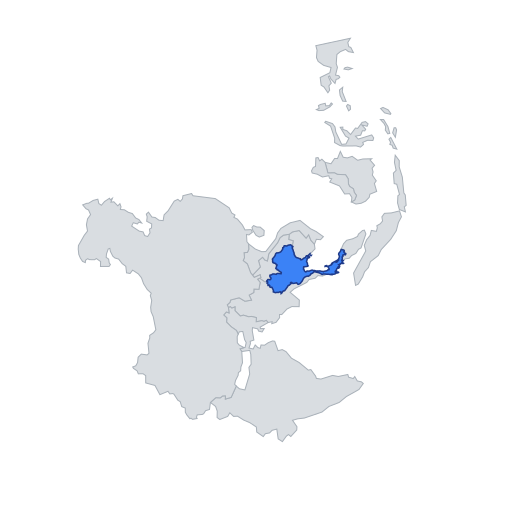 Thailand shown with its bordering countries, rotated 254°
{"feature_id": "THA", "entity_name": "Thailand", "entity_type": "country or territory", "adm_level": 0, "iso_a3": "THA", "parent_name": "Asia", "parent_adm1": "", "projection": "orthographic", "projection_center": [100.709, 13.031], "detail": "fine", "context": "with_neighbors", "style": "filled", "palette": "blue", "viewbox_px": 512, "rotation_deg": 254, "n_neighbors": 8, "source": "natural_earth", "source_scale": "50m", "svg_char_len": 15560}
<svg xmlns="http://www.w3.org/2000/svg" viewBox="0 0 512 512"><g transform="rotate(254 256 256)"><path d="M441.7,371.5L439.3,406.8L436.0,403.1L431.6,402.9L430.4,404.6L424.7,405.7L427.0,401.1L429.9,399.1L429.2,393.4L427.4,389.3L418.7,386.1L414.9,386.3L408.0,382.3L406.5,385.2L404.7,385.9L403.7,384.0L403.7,381.7L400.1,379.5L405.4,376.8L408.8,376.4L408.4,375.0L401.4,376.0L399.5,373.0L395.1,372.5L393.1,370.1L399.7,367.9L402.2,365.7L409.9,366.9L411.8,377.5L416.5,380.1L420.6,373.6L425.9,369.4L430.0,368.8L437.0,371.4L441.7,371.5ZM363.4,416.4L363.8,419.0L360.1,423.3L355.7,424.9L355.1,424.3L358.1,419.1L363.4,416.4ZM409.7,400.1L409.5,396.1L411.5,392.1L412.5,393.5L412.3,396.1L409.7,400.1ZM327.0,348.2L324.0,353.5L328.1,358.5L327.2,361.2L333.3,365.9L326.9,367.0L325.1,370.9L325.3,375.9L320.0,380.1L319.8,385.5L317.6,394.0L316.8,392.1L310.5,395.0L308.4,391.8L304.5,391.7L301.7,390.1L295.1,392.3L293.1,389.8L284.8,389.8L284.0,382.5L281.2,381.0L278.5,376.4L277.7,371.6L278.4,366.4L281.7,362.6L282.6,366.3L286.5,369.3L290.1,368.0L293.7,368.2L296.9,365.3L299.6,364.7L304.8,365.9L309.4,364.5L312.1,356.6L314.2,354.5L316.0,348.0L327.0,348.2ZM387.2,381.1L392.6,382.0L394.3,385.9L390.2,384.2L379.7,385.2L381.0,382.0L387.2,381.1ZM374.5,388.0L371.0,387.3L370.0,385.1L375.2,384.3L376.4,385.9L374.5,388.0ZM380.1,354.4L380.5,357.4L383.4,357.5L383.9,359.7L383.7,364.6L381.1,364.4L380.3,367.9L382.4,370.5L381.0,371.4L379.0,368.1L377.4,361.2L378.4,356.6L380.1,354.4ZM347.6,364.1L360.3,363.5L365.4,358.9L366.3,360.1L362.2,366.0L358.3,367.5L353.2,366.9L339.7,369.1L338.9,373.4L343.7,377.9L346.6,375.1L356.5,372.4L356.0,375.0L353.7,374.4L351.4,377.8L346.7,380.4L351.6,386.9L350.6,388.9L355.2,394.8L355.0,398.3L352.1,400.2L350.1,398.5L352.8,393.8L347.6,396.4L346.3,395.0L347.1,392.8L343.3,389.9L343.8,384.6L340.2,386.5L340.5,400.6L337.1,401.7L334.8,400.2L336.5,395.1L335.8,389.9L333.6,390.1L331.9,386.5L334.2,382.7L337.8,369.7L338.9,367.3L343.4,362.8L347.6,364.1ZM338.5,425.9L331.7,422.7L336.7,421.3L341.2,424.1L340.8,425.6L338.5,425.9ZM344.6,416.3L348.1,415.6L352.9,413.2L352.0,416.3L344.0,418.5L337.0,418.4L337.1,416.4L341.4,415.0L344.6,416.3ZM328.3,416.7L331.6,416.0L332.8,418.2L319.9,420.8L321.9,417.6L324.9,417.4L326.4,415.4L328.3,416.7ZM274.8,409.0L275.6,410.9L286.2,411.1L287.5,408.8L297.8,410.9L299.7,414.3L307.9,414.9L314.5,417.6L308.2,420.0L302.2,418.2L291.5,418.4L275.9,415.5L273.5,416.3L263.3,414.3L262.4,412.1L257.2,411.8L261.2,406.6L268.0,406.7L274.8,409.0ZM251.8,380.5L252.7,384.3L254.7,387.3L258.9,387.8L261.6,391.2L260.1,398.0L259.8,406.4L253.6,406.6L248.9,402.1L241.6,397.8L234.9,390.1L227.7,378.2L222.7,373.6L219.0,364.4L213.9,360.9L210.9,356.0L206.6,352.8L200.8,346.5L200.3,343.6L212.7,345.1L230.6,362.9L236.4,363.0L241.1,366.8L244.4,371.4L248.8,373.9L246.5,378.5L249.7,380.4L251.8,380.5Z" fill="#d9dde1" stroke="#a8b0b8" stroke-width="1"/><path d="M241.4,305.9L240.0,299.0L243.5,294.2L250.6,293.1L255.8,293.8L260.4,295.9L262.8,292.0L267.7,293.9L269.1,297.7L268.6,304.5L259.4,309.1L261.9,312.5L256.0,313.1L251.2,315.4L246.6,314.7L241.4,305.9Z" fill="#d9dde1" stroke="#a8b0b8" stroke-width="1"/><path d="M267.7,293.9L262.8,292.0L260.4,295.9L255.8,293.8L257.5,291.2L257.7,286.4L253.2,281.5L252.7,275.9L248.5,271.4L244.4,271.0L243.4,273.0L240.2,273.2L238.6,272.2L232.9,275.6L232.7,270.5L234.0,264.6L230.4,264.3L230.1,260.9L227.8,259.2L228.9,257.1L233.5,253.4L233.9,254.7L236.8,254.9L235.9,248.4L238.6,247.6L244.2,257.1L250.8,257.1L253.0,262.0L249.6,263.5L248.1,265.6L254.6,268.9L262.8,280.4L267.0,284.2L268.5,288.2L267.7,293.9Z" fill="#d9dde1" stroke="#a8b0b8" stroke-width="1"/><path d="M227.8,259.2L221.6,262.9L217.8,263.1L215.3,269.2L213.0,270.2L221.1,283.1L219.0,288.1L217.1,289.1L222.1,296.5L222.6,302.4L224.7,307.6L218.9,318.7L218.4,314.4L220.1,310.1L218.3,306.7L218.8,300.5L216.6,297.5L213.9,283.5L211.7,278.8L201.7,285.5L195.4,283.5L197.5,276.5L196.5,271.2L192.6,264.6L193.3,262.5L190.2,261.7L186.7,257.0L186.6,252.5L188.4,253.4L188.7,249.3L191.3,248.1L190.9,245.7L192.2,243.8L192.7,238.0L196.7,239.4L199.2,234.9L199.6,232.2L202.6,227.6L202.6,224.4L209.3,220.7L212.9,221.8L212.5,218.4L214.3,217.4L214.0,215.3L217.0,214.9L218.6,218.2L220.7,219.5L220.5,228.3L215.6,232.9L214.8,239.5L220.3,238.6L221.5,243.8L224.8,244.9L223.2,249.6L229.4,252.7L233.3,251.1L233.5,253.4L228.9,257.1L227.8,259.2Z" fill="#d9dde1" stroke="#a8b0b8" stroke-width="1"/><path d="M251.2,315.4L256.0,313.1L261.9,312.5L259.4,309.1L268.6,304.5L269.1,297.7L267.7,293.9L268.5,288.2L267.0,284.2L262.8,280.4L254.6,268.9L248.1,265.6L249.6,263.5L253.0,262.0L250.8,257.1L244.2,257.1L238.6,247.6L241.4,246.2L250.7,245.5L255.1,242.4L257.7,244.5L262.5,245.4L261.8,248.7L264.4,250.9L269.7,252.2L262.9,257.2L258.6,262.6L257.6,266.6L267.2,279.8L272.2,283.1L275.7,287.6L278.5,298.0L278.1,308.1L267.3,315.8L262.9,320.6L256.0,326.1L253.9,322.5L255.4,318.6L251.2,315.4Z" fill="#d9dde1" stroke="#a8b0b8" stroke-width="1"/><path d="M214.0,215.3L214.3,217.4L212.5,218.4L212.9,221.8L209.3,220.7L202.6,224.4L202.6,227.6L199.6,232.2L199.2,234.9L196.7,239.4L192.7,238.0L192.2,243.8L190.9,245.7L191.3,248.1L188.7,249.3L186.5,240.4L185.0,240.3L184.0,243.9L181.3,240.9L183.1,237.8L185.5,237.5L188.1,232.9L185.2,231.8L175.8,230.8L175.6,226.9L173.3,226.5L169.5,223.9L167.4,227.6L170.7,230.7L167.4,232.6L166.1,234.6L169.1,236.3L167.9,239.6L169.3,243.9L169.8,248.5L168.9,250.5L158.9,251.1L158.8,255.4L155.8,258.5L148.0,261.9L141.6,268.2L131.9,274.8L131.7,277.4L124.1,280.2L121.7,280.3L119.8,284.5L120.1,296.7L117.5,301.9L116.8,311.6L114.0,311.6L111.4,315.7L112.9,317.7L108.0,318.9L106.0,322.6L103.9,324.0L99.3,318.2L96.0,304.2L92.3,295.6L91.3,284.7L87.8,276.4L86.9,257.9L88.0,251.1L88.0,245.8L80.6,248.3L77.5,247.2L72.9,239.7L75.4,238.0L74.5,235.6L70.3,230.2L74.1,226.9L83.9,228.3L84.0,223.4L82.2,220.3L82.6,216.0L80.4,213.2L86.6,208.2L91.5,209.2L97.5,204.1L101.6,199.0L107.1,194.1L108.0,190.2L112.5,187.6L109.6,184.6L108.8,176.1L111.5,174.1L117.6,176.0L122.5,175.7L127.8,171.8L130.9,178.3L129.5,182.6L130.7,185.4L130.0,188.1L126.9,187.1L126.9,193.1L136.4,201.2L133.0,203.4L130.3,208.4L144.3,217.4L150.9,218.5L153.3,221.5L162.9,223.9L167.0,224.0L168.1,216.0L171.2,215.0L171.2,220.4L175.5,222.7L178.8,222.0L187.1,222.5L187.7,219.1L185.8,217.3L189.8,216.7L194.6,212.8L200.5,209.5L204.6,210.9L208.2,208.7L210.4,212.1L208.7,214.4L214.0,215.3Z" fill="#d9dde1" stroke="#a8b0b8" stroke-width="1"/><path d="M278.2,270.9L273.7,269.3L273.3,264.4L275.8,261.8L281.5,260.0L284.6,260.0L285.9,262.1L283.7,264.7L282.6,268.0L278.2,270.9ZM146.7,138.0L147.2,135.1L150.2,134.1L149.2,125.4L159.4,123.2L164.4,115.0L171.4,117.0L173.9,115.0L175.2,110.4L178.3,110.1L181.8,107.2L183.3,106.9L183.6,110.2L186.2,112.8L191.2,114.8L193.3,118.7L190.9,124.1L192.0,126.3L201.9,128.1L206.5,131.3L209.0,131.9L210.5,136.4L212.7,139.4L226.0,140.5L231.5,139.8L235.7,140.6L242.0,143.5L247.1,143.5L249.1,145.0L253.8,142.2L260.4,140.3L266.6,139.9L271.2,138.0L276.4,133.5L273.9,130.1L275.5,126.9L282.0,128.0L285.5,125.3L290.9,123.1L293.0,119.8L295.3,118.3L300.6,117.3L303.6,117.6L303.5,115.9L299.3,112.9L296.0,111.6L293.6,113.5L289.8,113.0L287.9,113.7L286.5,111.9L288.8,103.6L293.5,105.1L297.6,101.8L296.9,99.9L298.4,94.9L299.8,93.4L298.9,91.0L296.7,90.1L298.6,87.8L302.3,86.6L306.4,86.1L311.6,87.0L315.0,88.2L323.3,96.7L326.4,100.9L332.8,101.6L338.1,104.3L341.4,108.4L346.4,107.7L348.3,105.6L352.9,103.5L353.3,107.8L352.9,109.6L354.3,114.8L354.2,119.6L349.7,119.4L347.4,121.4L350.1,125.4L351.9,131.1L350.1,131.5L351.1,133.9L347.7,131.4L347.3,134.3L342.3,137.0L343.8,139.6L340.5,139.8L338.1,138.4L336.7,142.2L333.2,145.3L330.9,148.8L325.7,150.8L323.3,153.5L319.2,155.2L320.8,152.7L319.5,150.8L321.8,147.2L319.0,144.7L312.1,150.6L310.3,154.1L306.3,154.6L304.6,157.2L307.5,160.5L311.2,161.0L311.8,163.3L315.6,164.6L319.5,160.5L323.7,162.2L326.5,162.1L327.8,164.7L322.1,166.7L320.8,169.7L317.1,172.6L315.6,176.5L320.9,179.0L323.7,184.0L331.3,192.5L332.0,196.5L329.4,198.2L331.1,201.0L334.1,202.4L333.8,211.3L331.3,212.0L322.4,232.7L309.7,243.5L304.0,244.5L301.2,247.1L299.2,245.4L296.6,248.3L289.5,251.5L284.1,252.6L282.7,258.6L279.8,259.0L278.2,255.0L279.3,252.8L272.2,251.2L269.7,252.2L264.4,250.9L261.8,248.7L262.5,245.4L257.7,244.5L255.1,242.4L250.7,245.5L241.4,246.2L235.9,248.4L236.8,254.9L233.9,254.7L233.3,251.1L229.4,252.7L223.2,249.6L224.8,244.9L221.5,243.8L220.3,238.6L214.8,239.5L215.6,232.9L220.5,228.3L220.7,219.5L218.6,218.2L217.0,214.9L214.0,215.3L208.7,214.4L210.4,212.1L208.2,208.7L204.6,210.9L200.5,209.5L194.6,212.8L189.8,216.7L185.8,217.3L183.7,215.7L177.7,214.1L174.9,215.4L171.2,219.3L171.2,215.0L168.1,216.0L157.1,213.6L153.5,210.9L149.9,209.6L148.7,206.9L146.2,205.9L142.0,202.0L138.5,200.1L136.4,201.2L126.9,193.1L126.9,187.1L130.0,188.1L130.7,185.4L129.5,182.6L130.9,178.3L127.8,171.8L121.3,169.0L121.2,164.9L118.8,162.2L118.5,160.6L119.5,155.7L117.4,154.3L116.0,154.6L116.5,149.9L118.0,148.8L117.8,147.6L122.3,145.7L125.3,145.0L129.3,146.1L131.7,143.1L136.9,143.0L138.9,141.1L145.9,139.0L146.7,138.0Z" fill="#d9dde1" stroke="#a8b0b8" stroke-width="1"/><path d="M227.4,338.4L228.4,337.4L233.0,339.9L233.5,342.8L237.2,342.1L239.1,339.7L243.7,343.6L246.1,347.4L245.9,353.7L246.8,359.0L248.8,360.5L251.1,365.4L251.0,367.3L246.9,367.7L234.8,359.2L234.2,356.4L230.9,352.6L230.1,348.0L228.1,344.9L228.7,340.8L227.4,338.4ZM327.0,348.2L316.0,348.0L314.2,354.5L312.1,356.6L309.4,364.5L304.8,365.9L299.6,364.7L296.9,365.3L293.7,368.2L290.1,368.0L286.5,369.3L282.6,366.3L281.7,362.6L285.8,364.3L290.1,363.1L291.2,358.3L300.3,355.6L306.8,347.3L309.4,350.1L310.5,348.1L313.1,348.1L313.6,341.7L317.7,337.5L320.3,332.9L322.5,332.8L325.4,335.5L325.7,337.9L333.8,340.6L333.5,342.8L329.9,343.4L330.9,346.0L327.0,348.2Z" fill="#d9dde1" stroke="#a8b0b8" stroke-width="1"/><path d="M227.8,259.7L227.8,260.1L228.1,260.0L228.3,259.6L228.6,259.4L228.9,259.3L229.2,259.6L229.5,260.2L229.8,260.5L230.1,260.8L230.1,261.0L229.9,261.5L229.3,262.9L229.4,263.5L229.9,264.0L230.5,264.3L231.1,264.3L231.5,264.1L231.8,263.9L232.0,263.7L232.3,263.7L233.3,263.9L233.7,264.1L233.7,264.4L233.6,265.3L233.7,266.0L234.0,266.7L234.1,267.3L233.4,269.3L232.9,270.1L232.8,270.3L232.8,270.5L233.3,271.2L233.3,271.6L233.3,272.0L233.1,272.6L232.0,275.2L232.3,275.4L233.1,275.8L233.4,275.7L234.8,274.4L235.6,273.8L236.3,273.5L236.6,273.1L236.7,272.6L237.0,272.5L237.3,272.6L237.7,272.4L238.1,271.9L238.5,271.6L239.2,272.0L239.8,272.5L240.4,272.9L240.9,273.0L241.2,273.2L241.2,273.5L241.3,273.7L241.5,273.8L241.6,273.6L241.8,273.4L242.3,273.1L242.8,272.9L243.3,272.9L243.6,272.6L243.8,272.0L244.1,271.5L244.4,271.3L244.8,271.2L244.7,270.8L244.7,270.7L244.9,270.5L245.3,270.4L246.0,270.4L246.7,270.6L247.6,270.9L248.2,271.1L248.5,270.9L249.0,271.5L249.8,272.8L250.5,273.7L251.1,274.4L251.7,274.9L252.4,275.2L252.8,275.7L253.3,276.6L253.0,277.9L252.9,279.0L253.0,280.3L253.4,281.4L254.1,282.1L254.5,282.6L254.7,283.1L255.2,283.5L256.2,283.8L256.6,284.0L256.5,284.3L256.5,284.6L256.6,284.9L257.0,285.2L257.5,285.4L257.8,285.6L258.0,285.9L258.0,286.3L257.8,286.8L257.6,287.3L257.3,287.6L257.2,288.2L257.2,288.9L257.4,289.4L257.5,290.0L257.4,290.5L257.3,292.0L257.2,292.3L256.9,292.6L256.5,293.0L255.5,293.4L255.0,294.1L254.8,294.1L254.6,293.9L254.5,293.7L254.4,293.3L253.9,293.1L253.4,293.0L251.4,293.3L250.3,293.2L249.0,293.4L247.7,293.3L246.9,293.1L246.6,293.1L246.0,293.3L244.7,293.6L243.8,294.1L243.1,294.7L242.9,295.2L242.1,296.4L241.5,297.1L241.1,297.5L241.1,297.9L240.0,298.0L239.9,298.2L239.9,299.6L240.1,300.1L240.7,301.1L240.8,302.2L240.9,303.1L241.6,303.7L242.3,304.5L242.1,305.5L242.2,306.4L243.4,308.6L243.2,308.6L243.1,308.2L242.6,307.5L242.4,306.8L241.8,306.1L241.4,305.8L241.1,306.3L240.0,305.5L239.6,304.7L239.4,305.0L238.9,304.4L238.3,303.9L237.5,303.6L237.2,303.3L236.6,303.0L235.0,303.4L233.1,303.1L232.3,303.4L232.0,303.2L231.8,302.9L232.0,302.3L232.0,301.1L232.3,300.2L232.2,299.5L232.4,298.8L232.1,298.6L230.7,298.3L230.4,298.0L230.0,298.3L228.3,298.5L227.7,298.8L227.1,299.2L227.0,299.9L227.3,300.3L227.5,301.0L226.9,302.6L226.8,303.0L227.0,304.9L227.0,306.0L226.6,306.7L226.1,307.3L225.9,308.4L225.5,308.9L224.9,310.0L224.6,311.4L224.3,312.1L224.1,313.3L223.0,315.1L222.7,316.1L222.3,316.5L222.5,316.8L222.5,317.3L222.3,319.8L222.4,320.4L223.0,321.6L222.8,322.0L222.8,322.5L223.2,322.7L223.6,322.8L225.4,322.2L226.1,322.4L226.4,323.4L226.7,325.9L226.9,326.3L227.7,327.3L227.8,327.2L227.9,326.8L228.3,327.3L228.5,328.2L229.5,332.9L230.0,334.1L229.4,333.8L229.3,332.7L229.1,332.3L228.9,332.2L228.6,332.2L228.8,331.7L228.7,331.3L228.4,331.0L227.9,331.2L227.9,332.0L228.1,332.5L229.1,333.8L229.3,334.3L229.7,334.4L230.3,334.4L231.4,335.4L232.7,336.1L233.5,336.1L234.3,335.9L234.9,335.9L235.4,336.1L236.1,336.7L237.1,338.3L238.8,339.6L238.7,339.9L238.6,340.4L237.9,341.1L237.8,341.5L237.6,342.0L237.1,342.2L236.7,342.3L236.4,342.3L236.3,342.2L236.0,341.7L235.8,341.5L234.1,342.2L233.7,342.9L233.4,343.0L232.5,342.3L232.6,341.9L233.0,341.3L233.1,340.8L233.0,340.1L232.9,339.6L232.5,339.6L231.9,339.6L231.6,339.1L231.4,338.6L231.2,338.4L230.5,338.5L228.9,337.9L228.4,337.1L228.2,337.1L227.9,337.2L227.9,337.4L227.7,338.2L227.6,338.5L226.2,336.8L225.2,336.0L225.4,334.7L225.1,334.5L224.7,334.5L224.4,334.1L224.7,333.3L224.3,333.5L223.8,333.4L223.3,333.2L223.0,332.2L222.8,331.8L222.4,331.3L221.8,331.3L221.6,331.0L221.6,330.3L221.2,329.9L220.6,329.5L220.1,329.3L219.7,328.2L219.0,327.7L218.5,327.8L218.4,328.2L218.1,328.6L217.7,328.6L217.4,328.3L217.0,327.2L217.0,326.5L217.1,325.3L217.6,324.1L217.8,322.3L218.2,321.2L218.5,320.8L218.9,319.2L219.7,317.2L220.0,316.3L220.1,315.8L220.1,315.1L220.0,314.5L220.2,314.3L221.5,313.1L222.5,312.0L224.1,309.1L224.3,309.0L224.6,308.7L224.8,308.4L224.9,308.2L224.4,306.4L224.0,305.9L223.7,304.2L223.7,303.8L223.5,303.6L223.1,303.2L222.7,302.7L222.4,301.9L222.4,301.5L222.2,301.1L222.1,300.6L222.5,299.9L222.5,298.4L222.3,297.2L221.6,295.8L221.2,295.3L219.2,293.5L217.4,290.9L217.2,290.0L217.1,289.0L217.1,288.7L217.4,288.4L217.7,288.3L217.9,288.2L218.6,287.8L219.0,287.8L219.1,287.7L219.1,286.6L219.2,285.5L219.4,283.9L220.6,283.1L220.9,282.8L221.0,282.5L221.0,282.2L220.9,281.9L220.7,281.8L219.9,282.4L219.4,281.2L218.8,280.0L218.8,279.1L218.6,278.6L217.6,277.6L215.2,274.6L214.7,273.9L214.7,273.7L214.9,273.1L214.8,272.5L214.4,271.8L214.3,271.3L214.3,271.1L214.2,271.0L213.8,271.1L213.4,270.7L213.0,269.8L213.6,269.9L214.1,269.7L214.9,269.5L215.0,269.4L215.0,269.2L214.8,267.5L214.8,267.1L215.3,266.3L215.3,265.6L215.4,264.5L216.0,263.7L216.4,263.4L216.5,262.9L216.7,262.7L217.0,262.8L217.7,263.2L218.4,263.2L219.1,263.2L220.5,262.8L221.4,262.8L221.6,262.6L221.7,262.3L221.9,261.3L222.0,261.1L222.2,260.9L222.5,260.8L222.9,260.8L223.3,261.0L223.6,261.1L224.2,260.8L224.4,260.7L224.5,260.4L224.4,260.0L224.2,259.5L224.3,259.4L225.2,259.7L225.7,259.7L226.0,259.6L226.6,259.1L226.9,259.2L227.8,259.7ZM218.0,330.2L217.9,330.6L217.7,330.6L217.5,330.9L217.4,330.9L217.2,330.0L217.4,328.9L217.5,328.7L217.7,329.0L218.1,329.1L217.9,329.8L218.0,330.2ZM227.4,320.7L227.4,321.0L227.3,321.4L226.8,321.6L226.6,321.3L226.6,320.8L226.7,320.7L227.2,320.7L227.4,320.7ZM240.5,307.0L240.3,307.0L240.2,307.1L239.8,307.0L239.7,306.3L239.7,306.1L239.9,306.1L240.2,306.5L240.5,307.0ZM225.0,338.0L224.9,338.1L224.7,337.6L225.0,337.0L225.3,337.8L225.0,338.0ZM219.0,330.0L218.7,329.0L219.1,329.3L219.0,330.0ZM227.4,320.1L227.1,320.0L227.0,319.8L226.9,319.5L227.2,319.5L227.4,319.8L227.4,320.1ZM221.8,332.0L221.9,332.7L221.7,332.5L221.5,332.2L221.6,331.7L221.8,332.0ZM241.5,308.8L241.4,309.4L241.1,309.1L241.2,308.8L241.3,308.7L241.5,308.8ZM217.5,323.7L217.1,323.7L217.3,323.2L217.5,323.5L217.5,323.7Z" fill="#3b82f6" stroke="#1e3a8a" stroke-width="1.5"/></g></svg>